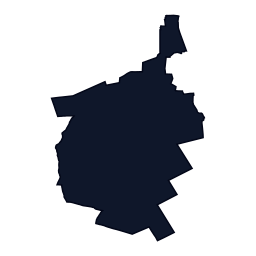 Corod, Galati, Romania
{"feature_id": "2599482B26209391371274", "entity_name": "Corod", "entity_type": "district", "adm_level": 2, "iso_a3": "ROU", "parent_name": "Romania", "parent_adm1": "Galati", "projection": "equal_earth", "projection_center": [27.618, 45.942], "detail": "fine", "context": "isolated", "style": "filled", "palette": "ink", "viewbox_px": 256, "rotation_deg": 0, "n_neighbors": 0, "source": "geoboundaries", "source_scale": "gbopen_adm2", "svg_char_len": 5365}
<svg xmlns="http://www.w3.org/2000/svg" viewBox="0 0 256 256"><path d="M203.1,137.6L203.0,134.7L202.4,127.9L201.9,123.3L201.9,122.4L201.8,121.1L202.4,120.9L202.6,120.8L202.8,120.5L203.4,120.2L203.6,120.0L203.7,119.9L203.7,119.5L203.6,118.3L203.8,118.2L204.1,118.1L204.4,117.9L204.3,117.5L204.0,117.0L203.1,115.7L202.8,115.1L202.8,114.8L202.3,113.9L201.5,113.2L199.7,113.2L198.9,113.2L198.0,112.6L197.6,112.3L197.3,111.9L197.1,111.3L196.9,110.2L193.7,105.1L193.3,104.6L193.2,104.0L193.2,103.5L193.0,103.1L192.9,102.3L192.7,102.0L192.5,101.4L192.9,101.2L192.9,99.0L193.0,97.1L193.0,96.1L193.3,95.6L193.8,95.2L193.7,94.4L193.5,93.3L192.5,93.4L191.1,93.4L189.8,93.5L187.1,93.9L183.6,94.3L183.6,93.7L183.4,93.3L182.8,92.6L182.5,91.8L182.4,91.1L178.6,91.0L176.9,90.9L176.4,90.8L175.7,90.8L175.2,90.3L175.7,88.3L175.9,87.0L175.9,86.6L175.2,86.3L172.7,84.8L170.7,83.7L172.2,80.0L172.5,79.2L172.7,78.5L172.6,78.3L172.5,77.7L171.5,74.3L165.5,74.1L165.0,69.6L164.8,69.0L166.1,57.1L169.9,57.1L169.8,56.5L172.4,54.3L173.3,53.5L173.7,53.1L174.1,52.9L177.3,52.3L179.7,52.9L181.0,53.4L181.1,53.5L181.4,53.4L181.3,53.1L181.5,52.6L181.6,52.2L181.8,51.9L182.0,51.8L182.8,51.5L183.2,51.6L183.8,51.7L184.1,51.7L184.6,51.4L184.7,50.9L185.4,50.9L186.4,50.9L179.7,32.6L178.3,27.9L178.1,22.3L177.8,21.5L178.1,19.5L178.3,17.6L178.8,16.2L178.1,15.9L173.5,15.4L171.7,15.5L167.9,15.6L166.6,15.5L165.9,15.8L166.0,16.0L166.1,16.6L165.9,16.8L165.3,17.3L165.3,17.6L165.5,18.0L165.4,18.6L165.3,18.9L165.0,19.0L165.0,19.4L164.9,19.8L164.7,19.8L164.8,20.1L165.5,26.0L164.9,26.2L162.7,26.2L160.9,26.0L160.7,26.9L160.7,27.4L160.3,27.6L160.6,28.7L160.8,29.6L160.0,29.8L160.0,53.0L160.3,53.2L160.3,53.3L160.1,53.4L159.7,53.6L159.0,53.9L158.6,54.5L158.0,54.8L157.8,55.0L157.7,55.3L157.7,55.7L157.3,56.6L157.0,57.1L156.2,57.8L154.4,58.4L142.8,62.6L142.4,71.7L134.6,71.9L131.9,71.8L130.8,71.9L130.3,72.0L127.3,73.5L124.1,75.7L122.1,76.8L120.5,77.6L119.9,77.8L119.4,82.7L106.2,85.3L105.0,81.7L73.0,95.9L63.1,97.0L58.9,97.4L51.6,98.3L53.8,104.6L54.1,105.4L55.5,109.7L56.0,111.1L57.8,116.4L60.5,116.2L61.2,116.2L63.0,116.0L65.0,116.0L65.6,115.9L66.4,115.8L66.7,115.8L68.6,115.8L70.9,115.8L72.1,115.8L72.7,115.8L73.7,115.8L73.9,115.8L74.1,115.9L73.3,116.9L73.1,117.1L72.8,117.5L72.5,117.6L72.2,117.8L72.0,118.1L71.3,119.2L70.8,120.1L70.5,120.7L70.4,121.1L70.3,121.3L70.1,121.5L69.9,121.7L69.8,121.9L69.7,122.0L69.5,122.3L69.6,122.7L69.6,122.9L69.1,124.0L68.9,124.4L68.9,124.5L68.8,124.8L68.6,125.1L68.4,125.3L67.8,126.4L67.7,126.6L67.5,127.0L67.4,127.1L67.2,127.5L66.9,127.9L66.7,128.2L66.5,128.7L66.4,129.1L66.3,129.3L66.2,129.5L65.8,130.0L65.6,130.4L65.3,130.6L65.0,130.7L64.8,130.9L64.6,131.0L63.8,131.6L63.7,131.7L63.6,131.8L62.7,132.6L62.3,132.8L62.2,133.0L62.1,133.4L62.1,133.7L62.2,134.1L62.2,134.4L62.4,134.7L62.5,135.0L62.6,135.4L62.6,135.7L62.6,135.8L62.6,136.0L62.6,136.4L62.7,136.7L62.7,136.9L62.7,137.0L62.7,137.4L62.6,137.7L62.5,137.9L62.4,138.0L62.3,138.3L62.2,138.6L62.2,138.8L61.9,139.1L61.8,139.3L61.7,139.5L61.6,139.9L61.6,140.1L61.2,140.7L61.1,141.0L60.8,141.3L60.6,141.7L60.5,141.9L60.4,142.0L60.2,142.2L59.8,142.3L59.7,142.5L59.3,143.3L59.0,143.6L58.9,143.8L58.6,143.9L58.4,144.0L58.0,144.2L57.5,144.5L57.3,144.6L57.1,144.7L57.0,144.9L56.9,144.9L56.7,144.9L56.3,145.2L56.1,145.5L56.0,146.1L55.7,146.9L55.7,147.1L55.6,147.9L55.7,148.0L55.8,148.3L56.0,148.6L56.3,149.1L56.6,149.5L56.8,150.2L56.8,150.4L56.8,151.0L57.0,151.7L57.2,152.1L57.2,152.3L57.4,152.5L57.4,152.8L57.6,153.0L57.6,153.4L57.6,153.5L57.6,153.8L57.6,154.0L57.5,154.7L57.4,155.4L57.4,155.5L57.5,155.7L57.7,156.2L58.0,157.1L58.2,157.5L58.3,158.3L58.3,158.5L58.4,158.9L58.5,159.4L58.8,160.6L59.1,160.7L59.3,161.4L59.3,161.6L59.3,161.8L59.2,162.0L59.1,162.3L59.1,162.5L59.1,162.8L59.0,163.0L58.9,165.0L59.0,166.5L59.1,167.6L59.0,168.6L58.9,169.2L58.7,170.0L58.6,170.6L58.6,170.8L58.7,171.4L58.7,171.8L58.8,172.5L59.0,173.1L59.4,173.9L59.6,174.6L59.8,175.0L59.7,175.2L59.8,175.5L60.0,176.0L60.2,176.3L60.3,176.9L60.2,177.5L60.1,178.0L59.7,179.0L58.8,180.8L58.7,181.2L58.6,181.4L58.5,181.5L58.4,181.7L58.2,181.9L57.1,184.7L57.3,184.7L58.2,184.7L58.9,184.7L60.5,184.9L61.6,184.9L61.6,185.2L61.7,185.5L61.8,185.9L61.9,187.0L62.3,188.8L62.4,189.5L62.7,191.1L62.8,191.5L63.1,192.4L63.2,192.6L63.3,192.7L63.4,193.0L63.6,193.7L63.8,194.3L64.1,195.1L64.1,195.5L64.2,196.0L64.1,196.9L64.3,197.3L65.4,199.2L66.5,201.1L66.9,202.0L67.5,202.0L70.4,202.1L72.3,202.5L74.5,203.1L75.9,203.5L77.3,203.9L78.4,204.2L79.1,204.4L79.5,204.4L80.0,204.6L80.6,204.8L82.7,205.5L83.7,205.7L87.3,206.2L89.7,206.6L91.1,206.8L92.8,207.3L93.8,207.5L94.2,207.6L94.4,207.7L94.5,207.8L94.6,208.1L94.8,208.4L95.0,208.5L95.4,208.8L96.0,209.1L98.9,209.8L100.8,210.3L101.3,210.4L101.7,210.5L102.5,210.6L102.3,210.8L101.7,211.5L101.3,211.9L100.8,212.6L100.6,213.0L100.0,214.0L99.6,214.6L99.2,215.1L99.0,215.5L98.8,215.9L98.6,216.1L98.5,216.3L97.9,217.2L97.6,217.6L97.3,218.0L97.1,218.6L96.8,219.2L96.5,219.8L96.4,220.5L96.2,221.4L95.9,223.0L95.9,223.5L98.3,224.1L99.6,224.5L100.1,224.5L102.0,225.0L104.6,225.7L105.1,226.0L107.6,226.9L109.3,227.4L113.2,228.6L116.5,229.4L120.0,230.4L124.4,231.7L131.3,233.8L132.2,234.1L149.1,226.9L151.0,230.1L154.3,235.2L155.6,237.0L156.0,237.7L156.8,239.3L157.5,240.6L163.4,237.8L169.8,234.6L174.2,232.4L157.2,204.8L177.0,194.5L168.4,180.4L192.1,168.4L176.9,144.2L203.1,137.6Z" fill="#0f172a" stroke="#020617" stroke-width="1.5"/></svg>